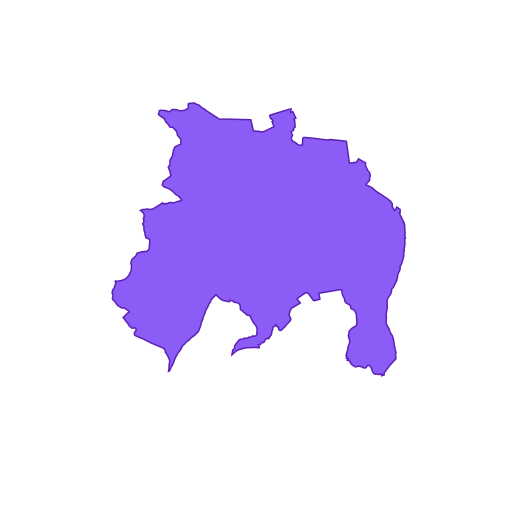 Babadag, Tulcea, Romania, rotated 50°
{"feature_id": "2599482B29104749782755", "entity_name": "Babadag", "entity_type": "district", "adm_level": 2, "iso_a3": "ROU", "parent_name": "Romania", "parent_adm1": "Tulcea", "projection": "natural_earth1", "projection_center": [28.737, 44.879], "detail": "fine", "context": "isolated", "style": "filled", "palette": "violet", "viewbox_px": 512, "rotation_deg": 50, "n_neighbors": 0, "source": "geoboundaries", "source_scale": "gbopen_adm2", "svg_char_len": 6142}
<svg xmlns="http://www.w3.org/2000/svg" viewBox="0 0 512 512"><g transform="rotate(50 256 256)"><path d="M288.1,397.2L288.4,396.4L287.7,394.4L286.3,392.1L286.1,390.7L284.5,387.3L282.2,383.5L281.4,381.4L281.3,380.5L280.9,380.1L280.3,378.5L279.1,373.3L277.5,369.8L277.6,367.8L277.0,364.4L277.4,361.3L277.0,359.6L277.1,355.3L277.4,354.2L277.0,352.7L277.1,351.7L276.8,348.7L274.2,343.8L271.9,340.7L270.1,337.2L268.8,335.6L266.7,331.3L265.4,329.5L264.1,325.9L262.6,323.1L262.0,320.8L260.7,318.5L260.0,311.6L265.7,311.0L268.7,309.9L273.7,306.1L274.0,305.6L273.3,304.5L273.6,304.0L275.0,303.1L277.6,302.3L279.8,300.4L281.6,299.7L282.8,299.7L284.0,300.1L286.9,302.3L290.3,301.5L291.3,301.6L292.7,301.1L295.6,300.8L297.4,299.3L298.5,299.0L300.3,299.8L303.4,300.3L304.9,300.8L308.7,300.8L311.6,301.5L313.4,302.7L316.9,306.2L316.9,307.9L316.6,308.6L315.1,309.8L314.7,312.3L313.6,313.6L313.5,315.4L311.4,317.8L311.2,319.2L309.4,322.5L310.3,327.3L311.0,329.7L311.5,330.5L312.5,331.4L313.0,332.3L313.2,333.4L313.0,334.2L316.2,337.9L316.1,332.8L316.4,330.3L319.5,323.2L325.3,315.6L327.5,313.5L328.4,312.4L325.7,311.2L326.2,309.7L326.5,309.7L326.3,306.5L326.7,305.7L327.0,305.8L327.1,304.4L325.9,302.7L325.9,301.3L326.3,301.2L326.7,299.8L327.4,299.6L327.2,298.3L326.8,298.3L326.2,295.0L325.1,293.4L323.7,292.0L323.2,290.7L321.4,288.7L321.9,285.9L321.4,284.9L322.9,284.9L323.7,285.3L324.8,284.5L326.4,285.6L327.4,285.8L328.6,285.4L329.1,284.3L328.7,278.4L328.4,277.9L327.6,271.4L326.8,269.9L326.3,269.6L322.5,268.8L320.4,265.9L318.8,262.7L320.5,252.3L315.1,252.1L315.3,251.7L315.1,251.2L315.2,250.0L315.9,243.0L315.7,242.0L318.1,239.9L326.6,240.6L327.8,240.0L330.1,235.0L330.1,234.7L325.3,232.1L325.1,231.8L325.2,231.4L335.7,213.4L337.2,212.1L338.5,213.1L341.3,214.7L345.9,215.8L347.3,216.8L349.0,217.2L350.5,217.0L354.0,215.5L355.4,215.9L356.8,216.9L358.0,216.8L359.8,215.7L361.0,215.6L362.3,215.7L363.4,216.2L364.2,216.1L365.7,217.0L371.5,221.3L373.8,223.7L373.9,225.1L373.1,227.5L373.3,228.4L373.0,228.9L373.3,232.2L373.8,233.5L375.3,234.8L376.3,236.5L380.8,238.5L382.1,239.5L382.9,240.5L384.5,243.5L386.7,246.0L389.5,250.2L390.5,251.0L391.2,250.7L390.9,252.0L391.3,251.4L392.6,251.7L392.5,252.6L392.8,253.1L392.7,252.6L393.1,251.9L394.5,251.5L394.7,251.8L394.3,252.7L394.5,253.1L395.8,251.9L400.2,252.5L402.8,252.0L404.9,251.1L405.2,250.8L405.6,249.4L407.0,247.6L408.9,246.2L411.0,245.4L411.7,244.7L412.3,243.4L411.8,242.3L411.7,240.6L412.2,239.8L414.6,239.3L419.5,241.1L422.1,241.2L423.2,240.5L424.3,239.0L425.2,238.6L426.2,237.6L426.5,236.9L426.7,235.5L428.4,236.0L428.3,236.6L428.6,236.7L428.7,235.9L429.5,234.4L427.9,232.9L425.8,223.7L424.6,214.7L421.6,212.8L419.7,210.5L417.5,209.9L415.7,208.6L414.1,207.9L407.3,203.8L404.6,202.8L401.7,202.5L396.5,200.7L394.0,200.4L391.0,199.5L387.3,195.9L384.3,193.8L380.3,189.0L374.0,183.9L372.9,181.6L371.7,177.3L370.3,175.1L368.8,173.6L368.5,172.9L368.3,170.9L365.4,164.3L362.8,160.7L361.5,159.9L361.0,158.5L360.2,157.2L359.8,155.6L358.5,154.0L357.7,153.5L357.6,152.9L356.4,152.2L355.9,150.2L353.0,145.6L350.8,142.6L348.5,140.9L347.6,139.3L345.6,137.7L342.8,134.4L338.1,130.8L338.0,130.4L338.3,130.1L337.1,129.7L336.6,129.0L335.7,128.6L334.2,126.8L333.1,126.3L328.0,122.3L326.6,121.8L325.7,121.1L323.5,120.8L322.9,120.5L316.6,119.0L316.0,118.6L315.1,118.4L315.4,117.8L315.1,117.3L313.2,115.9L312.6,115.7L309.0,116.7L310.3,119.5L310.1,120.7L305.9,119.9L303.5,118.0L300.5,117.7L296.3,118.6L283.2,122.5L278.2,123.2L272.3,125.8L272.0,125.7L271.6,124.9L271.1,120.4L269.4,118.9L267.9,116.8L265.4,115.5L262.0,115.3L258.0,114.3L255.9,113.1L255.3,112.2L247.5,115.0L248.8,119.0L247.1,121.1L247.2,121.8L246.4,122.6L244.8,124.7L226.3,113.1L225.9,113.2L214.2,124.5L214.0,124.9L214.2,125.3L212.8,127.0L202.5,136.5L196.0,143.0L195.8,144.4L200.8,149.2L198.9,151.6L197.0,152.7L196.3,152.4L190.8,154.1L189.3,153.7L188.0,152.9L187.2,150.6L183.3,149.2L183.9,146.5L182.3,145.1L182.5,144.6L182.4,143.1L177.7,139.7L175.4,138.8L176.1,136.9L169.0,135.0L168.4,137.2L168.2,137.2L165.9,134.6L165.2,135.6L157.0,154.9L157.4,155.5L159.9,156.3L160.9,156.3L161.3,155.8L163.4,156.1L163.6,156.3L163.4,157.3L168.5,159.1L165.8,170.0L163.5,173.0L161.5,174.2L160.7,175.8L159.6,176.4L158.5,177.6L148.3,172.4L134.1,188.4L127.6,196.1L113.2,200.5L110.6,201.0L107.7,202.1L103.7,202.7L101.3,204.1L99.1,204.9L96.1,209.3L96.0,210.3L98.6,212.1L99.2,213.5L98.8,214.9L98.9,215.8L98.5,217.1L95.9,220.9L92.4,223.2L90.1,225.7L89.9,226.2L90.1,226.8L89.9,227.7L90.0,228.6L89.5,229.9L88.2,230.9L87.5,231.1L85.5,232.8L83.0,235.4L83.0,235.8L82.5,236.6L83.6,237.8L84.7,239.7L87.6,239.3L91.9,237.9L95.4,238.9L98.7,238.7L102.1,239.0L104.1,237.0L108.8,236.8L110.3,237.1L113.0,238.5L117.8,238.6L119.1,239.1L122.0,241.7L120.5,246.8L120.4,248.4L122.1,251.5L123.4,252.9L123.8,253.7L125.1,255.0L126.1,256.6L127.3,260.4L129.9,262.4L130.9,263.8L131.5,266.1L136.2,267.7L139.8,269.7L139.5,276.6L139.1,278.7L140.1,280.5L141.3,282.1L142.0,282.3L144.1,281.9L148.8,279.3L152.5,278.3L156.8,278.0L159.9,277.0L162.1,276.8L165.5,277.1L165.4,277.9L163.9,280.9L162.7,284.2L160.9,286.5L159.6,287.5L158.6,290.8L157.3,291.8L157.4,292.8L155.0,293.7L155.1,295.4L153.7,304.8L152.1,307.5L149.8,309.3L149.8,309.8L147.6,312.9L146.8,315.2L150.7,314.6L153.0,315.5L154.8,317.4L154.6,317.9L157.9,320.0L158.5,322.3L161.0,322.7L164.3,325.2L166.6,326.1L169.2,327.8L170.1,327.7L171.1,328.5L171.7,328.5L172.6,327.8L174.6,327.0L176.2,327.6L182.1,333.6L182.2,336.7L179.3,340.8L177.4,345.4L178.8,348.3L178.8,352.3L179.1,353.6L180.9,356.4L182.9,357.3L184.5,358.6L187.0,361.1L189.1,366.0L189.6,368.7L189.6,371.4L188.1,375.2L186.1,378.7L184.7,379.8L185.1,380.4L186.4,380.5L187.2,381.1L187.7,382.7L189.3,385.2L190.0,387.9L190.7,388.5L191.8,390.0L193.6,390.5L195.0,391.5L196.1,393.3L197.6,393.8L199.7,393.4L204.8,393.8L209.5,392.3L211.1,390.3L216.8,388.7L217.3,389.2L217.2,391.2L217.7,397.3L225.7,397.6L228.5,398.0L231.8,397.3L233.1,395.0L235.5,394.8L236.6,398.3L237.9,399.7L238.4,399.8L239.5,399.6L248.0,395.3L255.1,392.3L266.2,386.6L268.3,386.0L270.9,386.6L271.3,387.2L274.4,387.5L279.4,388.8L280.5,389.3L281.5,390.1L283.6,392.6L286.2,394.9L288.1,397.2Z" fill="#8b5cf6" stroke="#5b21b6" stroke-width="1.5"/></g></svg>